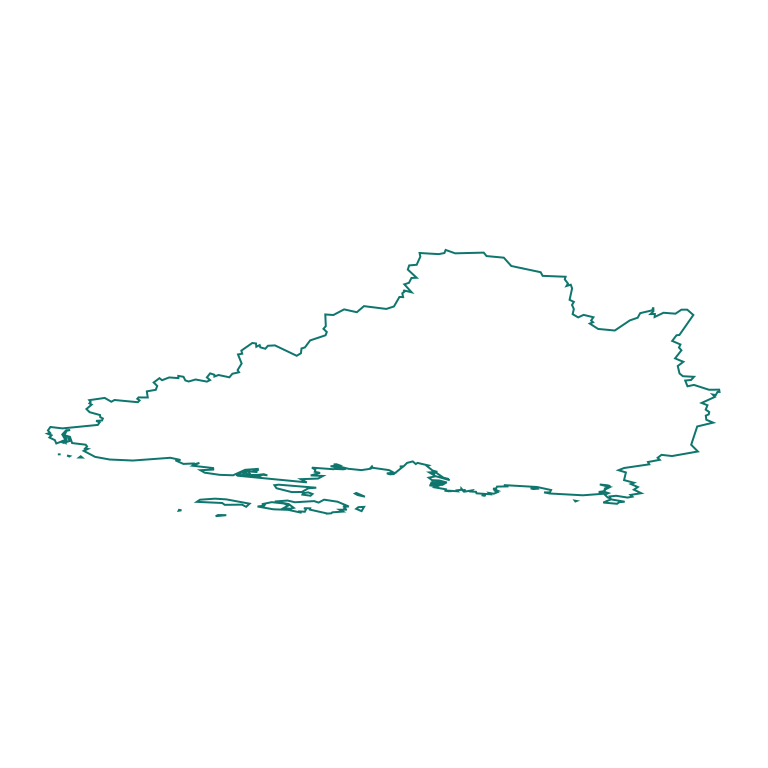 the Autonomous Province of Sakha (Yakutia), rotated 181°
{"feature_id": "RUS-2612", "entity_name": "Sakha (Yakutia)", "entity_type": "Autonomous Province", "adm_level": 1, "iso_a3": "RUS", "parent_name": "Russia", "parent_adm1": "", "projection": "equal_earth", "projection_center": [131.922, 66.295], "detail": "fine", "context": "isolated", "style": "outline", "palette": "teal", "viewbox_px": 768, "rotation_deg": 181, "n_neighbors": 0, "source": "natural_earth", "source_scale": "10m", "svg_char_len": 6149}
<svg xmlns="http://www.w3.org/2000/svg" viewBox="0 0 768 768"><g transform="rotate(181 384 384)"><path d="M138.5,274.7L149.9,276.3L156.4,275.5L155.5,273.5L158.4,274.5L161.3,277.2L157.7,278.8L161.5,279.9L161.3,282.2L156.1,285.0L156.8,286.1L158.7,286.6L166.5,287.3L156.7,285.0L161.2,283.5L162.0,280.7L167.4,279.8L161.5,278.2L183.2,276.2L216.2,277.4L222.1,278.4L216.3,278.5L215.1,280.9L229.3,283.7L262.4,285.0L257.8,283.8L269.2,283.4L270.1,281.5L273.1,281.2L268.3,279.2L270.5,278.8L268.7,277.8L272.4,276.2L277.1,276.9L275.8,275.6L289.6,276.3L290.1,277.8L295.1,278.0L294.0,279.2L302.1,277.7L303.1,278.6L300.5,279.5L303.4,279.2L304.9,280.9L305.0,279.5L309.1,279.0L308.3,278.0L320.7,278.6L320.3,279.8L331.3,281.5L329.2,282.5L336.9,283.5L323.8,284.2L321.9,285.4L335.5,286.2L333.7,286.7L325.8,286.0L319.4,286.6L327.1,288.5L334.3,288.7L337.6,291.1L330.6,292.7L316.6,289.0L318.8,290.0L317.5,290.1L323.0,291.4L330.4,296.3L333.3,295.5L331.7,293.3L337.2,296.4L329.1,297.1L333.9,298.3L339.5,302.6L338.0,303.3L349.1,305.7L350.8,304.5L353.9,307.1L359.6,305.5L363.0,302.0L366.8,301.9L364.0,301.3L372.7,294.1L376.5,293.8L379.6,294.7L372.6,295.5L377.5,298.0L395.4,300.2L394.4,301.0L394.6,301.4L395.7,300.2L394.9,299.7L396.1,299.0L405.1,297.5L418.1,298.6L428.7,301.1L426.7,301.8L430.0,302.9L432.9,302.8L429.1,301.7L436.0,300.8L430.0,300.0L432.9,297.9L454.6,299.1L451.1,297.0L451.7,295.0L446.4,294.0L455.7,291.3L443.4,291.0L448.2,288.3L465.5,287.4L459.5,284.3L529.4,289.8L508.1,289.0L503.7,291.2L499.0,290.6L502.6,291.7L509.8,290.8L530.3,290.3L520.4,295.0L520.4,293.2L524.2,292.2L520.1,292.8L518.8,291.2L515.8,291.0L518.5,294.3L509.1,293.7L512.0,295.2L508.5,295.9L508.7,296.9L521.3,295.8L533.3,290.1L546.7,290.3L561.7,292.2L566.1,294.6L552.4,295.5L554.8,296.1L552.6,296.9L573.6,298.9L567.2,301.9L573.7,300.0L573.2,301.2L583.2,300.6L591.2,304.0L586.1,304.5L596.3,306.5L633.7,303.1L656.9,303.7L671.6,306.1L683.0,311.9L679.0,313.9L681.7,314.3L679.8,316.4L681.2,318.1L694.8,319.5L697.1,325.7L702.7,327.2L700.5,331.7L697.0,332.5L701.0,332.2L704.8,327.9L701.5,322.5L710.6,318.8L712.1,322.1L717.6,324.7L715.5,326.9L719.6,328.5L717.0,329.3L719.2,331.7L716.8,335.2L704.7,334.0L669.4,338.1L667.7,340.6L671.2,342.1L665.3,342.6L664.5,344.6L667.1,345.9L667.4,348.0L677.9,350.7L681.1,353.8L675.9,358.3L678.2,359.5L677.0,360.9L678.4,362.7L663.0,365.2L656.3,361.5L653.2,363.3L629.8,361.5L628.1,363.3L630.4,364.9L629.2,366.3L620.0,366.4L621.0,372.5L612.1,374.2L610.7,378.1L614.3,381.5L608.6,385.9L606.0,383.9L598.9,386.8L589.7,386.3L589.8,388.5L584.6,387.7L582.7,384.1L579.3,383.1L572.5,385.2L561.1,383.3L558.0,384.9L561.2,387.5L558.0,391.6L553.8,390.3L553.7,388.5L549.6,390.1L538.7,388.0L535.8,391.6L529.2,393.2L530.6,395.4L526.7,402.0L530.5,411.0L526.3,411.8L527.2,414.9L516.4,422.7L512.7,422.3L512.3,419.0L509.0,420.7L508.3,418.5L503.3,417.2L500.7,420.2L493.7,420.7L471.8,410.7L467.6,413.3L467.1,418.1L463.7,419.2L458.6,426.3L443.3,431.7L442.1,435.0L445.5,438.1L443.2,440.8L443.9,452.5L435.8,452.1L425.2,457.9L412.4,455.3L405.4,461.5L383.0,459.1L375.4,461.7L370.1,471.3L366.4,471.2L367.3,475.0L364.9,476.9L366.3,478.0L358.0,476.2L365.4,484.0L360.8,485.6L358.4,490.5L353.2,490.8L362.2,498.8L360.9,503.0L353.4,503.8L349.9,512.0L350.7,515.6L331.6,514.8L325.9,516.0L324.7,519.1L315.1,515.9L286.6,517.1L283.7,513.7L266.4,512.4L258.8,504.2L229.3,498.5L227.3,494.9L204.3,494.4L205.1,491.8L201.8,487.6L203.2,485.2L199.0,486.5L197.6,482.9L199.9,471.4L195.6,469.4L197.4,466.3L195.5,462.3L196.6,457.1L191.0,454.0L185.6,456.6L175.8,454.4L178.0,451.1L176.1,449.4L179.3,448.0L170.9,442.8L154.2,441.5L139.3,451.9L131.5,454.7L129.1,459.3L117.3,462.3L116.0,465.3L115.9,461.4L118.7,458.6L114.4,458.7L114.6,455.7L105.8,460.1L93.8,459.4L87.9,463.5L82.1,463.6L75.9,458.4L89.5,438.2L92.4,437.8L96.6,432.1L88.3,428.7L89.7,425.6L87.2,422.9L93.4,414.7L85.1,411.4L90.6,407.1L88.7,399.7L85.3,397.0L74.2,396.6L77.0,393.4L82.9,392.7L80.5,387.0L74.1,388.5L58.9,383.9L48.8,384.2L48.4,381.9L50.4,381.9L52.1,378.7L55.2,379.2L52.9,376.9L66.1,370.6L60.2,368.4L61.9,364.0L58.3,361.6L58.8,359.3L61.7,358.0L61.1,353.9L54.2,351.1L70.1,347.0L75.8,328.6L69.0,322.0L94.7,317.0L105.3,318.0L109.1,315.0L107.0,313.0L118.7,310.6L117.4,308.3L142.5,304.2L148.0,301.9L140.6,299.8L142.3,292.1L132.4,289.6L135.4,288.3L128.4,285.4L132.3,282.7L124.9,279.3L135.6,277.4L133.7,275.7L138.5,274.7ZM508.3,259.3L501.6,260.3L501.1,261.2L504.0,261.7L494.2,263.9L482.0,262.8L477.6,260.8L482.7,257.9L475.5,257.7L472.1,258.6L477.2,262.3L491.2,264.6L478.4,265.8L471.0,264.2L451.9,265.7L447.3,264.3L441.9,267.3L428.4,265.5L417.0,260.9L423.0,260.8L420.0,260.5L421.5,258.8L419.0,257.7L426.2,257.5L422.8,255.7L433.4,254.8L434.4,253.8L439.9,253.3L438.3,253.5L455.9,257.1L455.6,258.4L461.9,258.4L459.7,257.6L460.9,254.9L467.6,255.2L464.1,253.8L477.6,256.5L492.6,256.8L508.3,259.3ZM543.7,262.2L569.1,262.9L565.9,265.1L551.0,266.4L539.7,265.9L516.3,262.0L519.7,258.8L523.9,260.9L541.1,260.4L543.7,262.2ZM489.7,277.9L491.8,280.9L487.6,281.5L449.9,279.1L457.8,278.4L464.3,274.6L474.3,274.3L489.7,277.9ZM162.7,269.3L155.1,272.6L141.3,270.5L146.8,269.9L148.9,268.3L162.7,269.3ZM463.7,272.0L463.2,273.4L457.9,274.3L453.6,272.8L455.5,271.0L463.7,272.0ZM409.6,258.7L407.5,260.4L401.8,260.8L404.2,256.5L409.6,258.7ZM324.0,285.1L331.5,283.9L336.1,285.1L333.8,285.6L324.0,285.1ZM700.7,324.1L704.1,327.7L703.0,328.2L703.1,327.0L699.1,325.9L697.3,321.5L700.2,320.6L700.7,324.1ZM411.1,273.9L409.8,274.6L401.1,271.0L408.4,272.5L411.1,273.9ZM430.8,298.2L428.4,299.7L420.5,298.6L423.0,298.0L430.8,298.2ZM550.0,248.9L547.6,250.1L539.4,250.1L550.0,248.9ZM327.7,286.5L331.2,287.4L321.6,286.9L327.7,286.5ZM235.6,282.2L229.4,282.9L228.6,282.0L232.9,281.6L235.6,282.2ZM701.1,319.5L703.3,321.7L700.6,322.1L701.1,319.5ZM687.5,305.2L686.0,306.4L684.5,305.2L687.5,305.2ZM587.1,253.7L586.7,254.6L584.3,254.2L587.1,253.7ZM281.5,274.0L284.5,274.5L280.4,274.6L281.5,274.0ZM703.3,319.6L705.8,320.5L703.3,319.7L703.3,319.6ZM314.3,278.1L317.4,277.9L321.5,278.4L318.3,278.4L314.3,278.1ZM190.6,269.9L191.2,270.7L189.4,270.4L190.6,269.9ZM697.4,306.0L699.6,307.0L696.8,306.4L697.4,306.0ZM707.3,308.0L708.9,308.0L706.1,308.0L707.3,308.0Z" fill="none" stroke="#0f766e" stroke-width="2"/></g></svg>